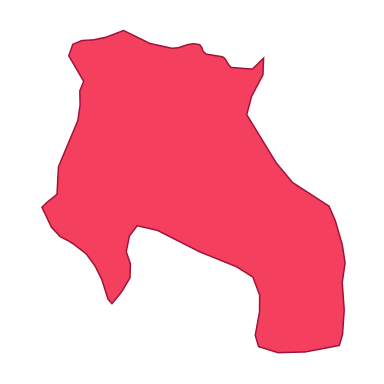 map outline of Zondoma (Equal Earth projection), rotated 268°
{"feature_id": "BFA-2818", "entity_name": "Zondoma", "entity_type": "Province", "adm_level": 1, "iso_a3": "BFA", "parent_name": "Burkina Faso", "parent_adm1": "", "projection": "equal_earth", "projection_center": [-2.349, 13.173], "detail": "fine", "context": "isolated", "style": "filled", "palette": "rose", "viewbox_px": 384, "rotation_deg": 268, "n_neighbors": 0, "source": "natural_earth", "source_scale": "10m", "svg_char_len": 967}
<svg xmlns="http://www.w3.org/2000/svg" viewBox="0 0 384 384"><g transform="rotate(268 192 192)"><path d="M323.3,268.2L306.6,267.0L285.5,254.9L267.4,249.4L218.3,277.1L198.0,292.8L173.1,328.4L158.3,334.2L133.9,340.4L115.7,342.5L96.4,339.0L68.7,340.0L44.6,337.5L33.5,333.9L28.2,299.5L28.4,272.5L35.1,253.2L46.6,250.2L69.8,255.3L86.7,256.0L104.8,249.9L115.9,233.6L131.9,197.6L154.9,156.0L160.2,136.1L150.2,127.9L134.6,124.2L122.1,128.0L108.3,127.0L94.4,118.0L83.2,108.1L87.9,104.3L107.7,98.8L121.3,92.6L133.8,84.2L144.1,71.8L148.1,65.7L152.0,58.7L161.7,50.3L182.0,41.5L187.5,47.7L194.4,57.0L221.8,59.4L267.4,80.4L282.9,83.2L297.0,83.4L306.4,87.6L332.4,73.6L343.7,78.0L347.2,87.1L347.5,98.6L349.7,111.5L355.8,129.2L341.9,155.2L336.3,177.1L336.7,183.4L339.5,193.0L340.2,198.9L339.0,204.8L336.1,206.8L332.4,207.9L329.3,211.0L326.2,226.7L325.7,227.8L324.2,229.5L317.1,233.6L315.1,235.4L312.7,256.7L323.3,268.2Z" fill="#f43f5e" stroke="#9f1239" stroke-width="1.5"/></g></svg>